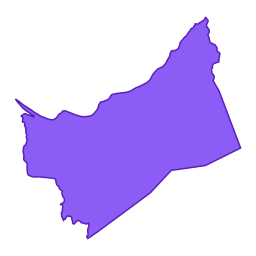 Balfate, Colón, Honduras
{"feature_id": "27666195B79832367470433", "entity_name": "Balfate", "entity_type": "district", "adm_level": 2, "iso_a3": "HND", "parent_name": "Honduras", "parent_adm1": "Colón", "projection": "equal_earth", "projection_center": [-86.341, 15.768], "detail": "fine", "context": "isolated", "style": "filled", "palette": "violet", "viewbox_px": 256, "rotation_deg": 0, "n_neighbors": 0, "source": "geoboundaries", "source_scale": "gbopen_adm2", "svg_char_len": 5564}
<svg xmlns="http://www.w3.org/2000/svg" viewBox="0 0 256 256"><path d="M87.8,238.5L97.6,231.8L150.1,193.0L171.5,170.1L174.0,170.0L205.4,165.5L240.6,148.0L219.1,91.0L213.1,80.7L213.5,80.0L214.2,77.1L214.2,76.4L214.0,75.6L213.1,74.6L212.2,73.4L211.9,72.8L211.8,72.4L211.7,70.9L211.4,69.1L211.6,68.7L212.3,68.2L212.5,67.8L212.6,67.2L212.5,66.4L212.6,65.3L212.7,64.7L213.3,64.1L214.5,63.3L215.6,62.9L216.9,62.5L217.7,62.3L218.5,62.1L218.9,61.5L218.9,60.8L218.9,59.2L219.8,54.5L219.8,53.6L219.7,53.2L219.5,52.8L217.2,51.1L217.0,50.8L216.9,50.6L216.9,50.3L217.1,48.9L217.1,48.4L217.0,47.9L216.8,47.4L215.9,46.2L215.2,44.9L215.0,44.7L214.0,44.5L212.4,43.6L212.0,43.2L211.4,43.1L210.8,42.9L210.2,42.4L210.0,42.1L209.9,41.8L209.5,40.2L209.1,37.8L208.8,37.0L208.2,35.7L208.1,35.0L208.1,34.5L208.2,34.1L208.8,33.1L209.2,32.2L209.3,31.0L209.2,30.3L209.1,29.8L208.2,28.6L207.5,27.4L206.7,26.4L206.5,25.9L206.4,25.5L206.4,25.1L206.6,24.6L207.8,22.0L208.1,20.8L208.0,20.4L208.0,20.1L207.8,19.9L207.4,19.6L207.0,19.3L206.8,18.9L206.6,18.3L206.2,17.8L206.0,17.6L205.6,17.5L205.5,17.8L205.1,17.9L205.0,18.1L204.7,19.2L203.8,20.2L203.2,20.6L202.8,20.7L201.6,21.6L200.2,22.5L199.6,22.7L198.9,23.4L198.2,23.9L197.6,24.0L197.1,24.2L195.9,23.9L195.4,23.6L195.2,23.7L195.1,23.9L195.2,24.6L195.1,24.9L194.1,25.9L193.4,27.6L192.9,27.9L191.6,28.4L191.0,28.7L190.3,30.4L189.3,31.3L188.6,32.5L187.8,33.4L187.2,34.7L186.9,35.1L186.3,35.7L184.4,37.4L184.1,37.9L183.1,38.9L182.5,39.8L181.5,40.8L180.8,41.9L180.4,42.2L180.2,42.6L179.8,44.3L179.4,45.3L179.0,46.9L178.5,48.2L178.4,48.5L178.1,48.7L176.9,49.5L176.5,49.8L175.2,50.3L174.6,51.0L173.9,50.9L172.9,50.4L172.6,50.4L172.2,50.6L171.1,51.4L171.0,51.7L170.8,52.3L170.4,52.8L170.1,54.1L169.8,55.7L169.4,56.7L168.8,57.9L167.5,59.8L167.1,60.6L167.0,61.2L166.6,61.5L166.1,62.7L165.4,63.8L164.4,64.9L163.7,65.8L162.3,66.8L161.4,67.4L159.5,68.1L158.6,68.5L157.9,68.9L156.3,70.5L154.3,72.5L152.5,75.0L151.8,76.4L150.9,78.3L150.0,79.6L149.2,80.5L148.4,81.3L147.6,82.0L145.9,83.2L145.0,83.7L144.1,84.1L142.0,85.2L140.8,85.7L139.6,86.4L137.1,87.3L135.5,88.0L134.7,88.6L133.1,89.3L132.3,90.0L131.1,90.7L130.2,91.0L128.6,91.7L127.7,92.0L126.2,92.2L124.6,92.6L123.0,92.7L121.4,92.8L119.8,93.2L116.6,93.4L115.5,93.8L114.2,94.0L112.1,94.5L111.2,95.1L110.4,96.4L110.0,97.3L109.0,98.7L107.3,99.8L106.5,100.3L104.3,101.0L103.0,101.6L101.0,101.9L100.6,102.2L99.2,104.1L98.8,104.8L98.7,105.5L98.0,108.0L97.1,109.7L93.7,113.9L92.8,114.6L91.8,115.3L90.7,115.8L89.0,116.3L88.0,116.4L84.9,116.7L81.8,116.6L80.0,116.2L78.1,115.7L76.5,115.2L68.9,112.2L68.0,112.0L65.9,111.0L65.0,110.8L64.5,111.0L63.9,111.0L63.3,110.9L62.6,111.1L62.2,111.7L61.8,112.3L61.5,112.7L61.0,113.1L59.9,113.6L59.2,114.1L58.6,114.7L57.5,116.3L57.1,117.0L56.0,118.1L54.7,119.0L54.0,119.4L52.9,119.7L51.8,119.8L50.0,119.5L47.8,118.9L42.4,116.8L41.0,116.3L39.9,115.7L37.8,114.2L35.7,113.1L33.9,111.9L31.1,109.8L28.9,108.5L26.0,106.5L23.8,105.3L18.4,101.0L15.4,99.0L17.1,101.4L21.2,106.2L22.2,107.5L22.7,108.1L23.2,108.5L24.1,109.0L25.4,110.2L26.5,111.0L29.0,112.7L31.4,114.4L33.6,115.7L34.0,116.0L34.2,116.4L34.1,116.7L33.9,116.9L33.1,116.8L31.7,116.1L31.1,116.0L29.6,115.2L27.7,114.8L26.7,114.3L26.1,114.1L25.7,114.0L25.5,113.7L25.2,113.7L24.4,113.8L23.3,114.6L22.3,115.0L21.3,115.8L21.2,116.0L21.3,116.2L21.4,116.4L22.0,116.7L22.6,117.1L22.8,117.5L23.0,118.0L23.0,118.5L22.8,119.0L22.7,119.8L22.6,121.1L22.5,121.6L22.5,121.9L22.7,122.1L23.6,122.1L23.9,122.2L24.5,123.0L25.1,124.2L25.2,124.4L25.1,124.6L24.6,125.2L24.5,125.4L24.7,125.8L25.4,127.2L25.9,128.6L25.9,128.8L25.6,129.3L25.6,129.5L26.1,130.4L25.9,131.6L25.8,132.2L26.8,135.3L26.8,135.7L26.4,136.5L26.4,137.0L26.4,137.6L26.6,138.3L26.7,138.9L27.1,140.4L27.1,140.9L26.4,142.2L26.3,142.7L26.2,143.7L25.7,144.6L25.4,145.0L24.2,145.9L24.0,146.1L23.9,146.4L23.5,148.1L23.1,151.8L23.2,152.6L23.7,154.1L23.9,155.0L23.9,155.6L23.9,156.4L23.7,158.2L23.8,159.1L23.9,159.9L24.1,160.2L24.5,160.6L26.4,162.5L26.9,163.2L27.1,163.6L27.3,165.2L27.2,165.2L27.1,166.1L27.1,169.5L27.2,170.7L27.4,172.3L27.9,174.1L28.1,174.7L28.5,175.2L28.9,175.5L30.6,176.0L32.0,176.6L32.8,176.8L33.7,176.9L35.8,177.0L37.6,176.8L38.6,176.8L43.3,177.3L45.2,177.4L49.5,177.9L51.4,178.0L52.9,178.3L54.2,178.6L54.7,178.8L55.2,179.1L55.6,179.7L55.8,180.3L55.9,181.2L56.1,182.6L56.5,184.0L56.7,184.7L57.9,186.0L59.1,186.5L59.1,188.1L59.1,188.3L59.3,188.5L60.8,190.0L62.1,190.6L62.3,190.8L62.3,191.2L62.0,192.0L61.9,192.4L61.9,193.0L62.2,195.0L62.9,196.4L64.0,198.2L64.4,199.2L64.4,200.8L64.2,201.5L63.9,202.1L62.7,203.1L61.7,203.4L61.4,203.6L60.9,204.2L60.6,204.6L60.9,204.8L62.2,204.8L62.6,205.2L62.7,205.7L62.8,206.1L62.7,207.1L62.5,208.7L62.3,210.2L62.2,210.7L62.2,211.0L62.3,211.4L62.3,211.8L62.1,212.1L61.5,212.4L61.4,212.6L61.4,212.9L61.5,214.4L61.7,215.2L61.8,216.8L62.5,218.2L63.0,219.2L63.4,219.9L63.6,220.2L63.9,219.1L64.1,218.8L64.5,218.9L64.8,219.1L64.9,219.3L65.1,219.3L65.2,219.2L65.7,218.0L66.2,217.2L67.7,216.0L68.0,215.8L68.3,215.7L68.5,215.8L68.6,216.2L68.8,216.3L70.4,216.3L70.9,216.5L71.2,216.8L71.5,217.6L71.8,218.6L71.8,219.0L72.0,219.9L72.6,221.4L72.7,221.8L72.6,222.2L72.6,223.2L73.1,223.7L73.6,223.9L73.7,224.0L74.2,223.9L74.6,223.6L74.9,223.2L75.8,222.2L76.7,221.1L77.0,221.0L78.0,221.0L78.9,220.4L79.3,220.6L80.1,221.2L81.0,222.4L81.3,222.7L81.6,222.8L84.2,223.3L86.1,224.1L86.9,223.9L88.0,223.2L88.7,223.5L88.9,223.6L88.9,223.8L88.8,225.9L88.4,227.5L87.9,228.8L87.7,230.5L87.8,232.2L88.0,232.9L88.0,233.6L88.0,234.8L87.9,235.2L87.0,236.1L86.8,236.3L86.8,236.6L86.8,237.1L87.1,237.4L87.8,238.5Z" fill="#8b5cf6" stroke="#5b21b6" stroke-width="1.5"/></svg>